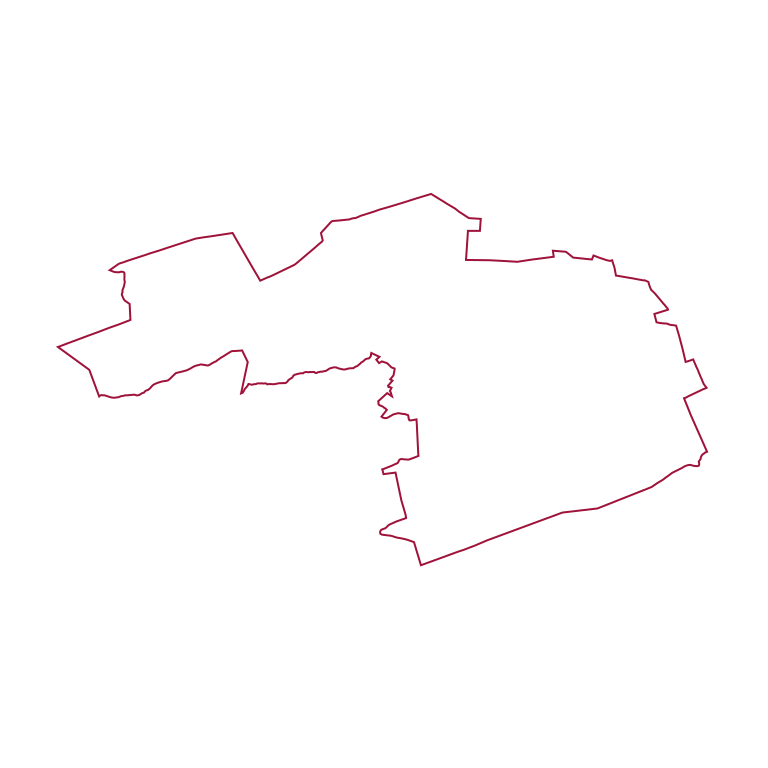 Ol Jorok, Central, Kenya (orthographic projection), rotated 84°
{"feature_id": "3690345B69894021790140", "entity_name": "Ol Jorok", "entity_type": "district", "adm_level": 2, "iso_a3": "KEN", "parent_name": "Kenya", "parent_adm1": "Central", "projection": "orthographic", "projection_center": [36.31, -0.178], "detail": "fine", "context": "isolated", "style": "outline", "palette": "rose", "viewbox_px": 768, "rotation_deg": 84, "n_neighbors": 0, "source": "geoboundaries", "source_scale": "gbopen_adm2", "svg_char_len": 6103}
<svg xmlns="http://www.w3.org/2000/svg" viewBox="0 0 768 768"><g transform="rotate(84 384 384)"><path d="M230.8,608.1L234.3,624.7L234.6,626.0L235.7,630.4L236.5,634.4L237.0,635.7L237.7,636.9L242.1,644.9L243.3,642.7L244.1,641.1L244.6,639.8L245.0,637.4L245.2,635.9L244.8,633.8L245.2,632.0L245.8,630.9L247.0,630.5L248.4,630.8L250.1,630.8L251.9,631.2L253.4,631.3L255.2,631.1L256.6,631.4L257.9,631.9L259.4,632.3L263.7,634.4L265.4,634.4L266.7,635.2L268.1,635.4L269.4,634.9L270.9,634.5L272.6,633.9L274.0,633.0L277.8,628.6L293.8,629.5L297.0,641.3L299.4,651.4L300.8,656.7L302.0,661.1L304.8,672.3L310.2,693.3L313.1,704.4L339.1,675.6L366.6,668.6L365.8,667.5L365.5,666.0L365.9,664.7L366.1,662.9L368.6,657.3L369.0,656.1L369.3,654.8L369.5,653.3L369.4,651.3L369.4,649.5L369.0,648.2L368.6,646.5L368.5,644.2L368.2,642.6L368.4,640.8L368.5,633.3L369.1,632.1L369.5,631.0L369.5,629.8L369.2,628.2L367.8,625.5L367.5,623.6L366.3,622.5L365.6,621.1L365.2,619.2L364.3,617.8L363.5,616.8L361.7,614.9L360.6,613.3L359.8,611.2L359.2,609.2L358.3,604.6L358.2,603.1L358.1,601.8L358.1,600.1L357.7,598.2L356.6,596.5L355.4,595.0L354.1,593.4L353.3,592.3L352.3,591.1L351.5,590.0L351.2,588.6L350.6,584.0L349.8,578.9L348.7,575.7L348.1,574.3L347.4,572.9L346.8,571.4L346.4,570.2L346.1,569.0L345.9,567.8L345.8,566.2L345.4,564.4L345.6,563.1L346.0,561.7L346.6,559.4L347.1,558.0L347.1,556.5L346.3,554.7L345.3,552.5L344.5,550.6L344.1,549.2L343.5,548.0L342.8,547.0L342.1,545.7L340.7,543.2L340.1,541.8L338.5,538.5L337.0,535.5L336.4,534.3L335.8,533.0L335.4,531.7L335.5,530.4L335.6,528.6L335.8,523.5L335.8,521.6L347.9,517.2L378.4,527.1L377.9,525.5L376.4,524.2L374.9,523.3L374.0,522.5L372.9,521.2L371.3,519.7L369.8,518.8L370.2,517.5L370.9,515.6L370.6,513.0L370.7,511.3L370.2,510.0L370.2,508.7L370.5,507.3L370.5,505.8L370.9,504.1L370.9,502.6L371.1,501.3L372.1,500.2L372.0,498.6L372.6,494.3L372.7,492.6L372.3,488.8L372.3,487.3L372.5,486.1L372.5,484.4L372.8,482.7L372.6,481.4L371.5,479.8L370.0,478.5L368.0,474.5L366.3,473.3L365.5,472.0L365.3,470.6L365.0,469.4L364.6,465.4L364.9,463.5L364.2,462.2L363.9,460.7L364.1,459.4L364.4,457.9L364.3,456.5L364.6,454.5L364.7,452.3L365.7,451.3L366.0,449.9L365.4,448.3L365.3,447.1L365.1,445.8L365.3,443.9L365.0,442.2L364.9,440.6L364.3,439.1L363.7,438.0L363.1,437.0L362.7,435.4L362.4,433.6L362.2,431.9L362.5,429.8L363.3,428.5L364.3,426.0L364.8,424.6L365.3,423.0L365.5,421.2L365.1,419.3L364.9,417.3L364.8,416.1L365.0,414.4L365.0,412.8L363.7,410.3L363.5,409.0L362.8,407.8L362.0,406.8L361.4,405.7L360.6,404.9L360.0,403.9L359.4,402.5L358.7,401.5L357.7,400.3L357.1,398.9L357.0,397.5L356.9,396.1L355.8,395.0L354.6,394.0L353.1,393.8L351.8,393.4L356.5,385.7L359.0,389.1L362.7,386.7L361.3,383.7L363.3,379.4L364.0,378.3L366.5,376.3L367.8,375.3L368.6,374.3L369.7,371.8L371.3,372.1L376.5,373.7L380.0,377.3L381.5,375.2L386.2,380.2L387.5,379.8L387.7,378.4L388.5,376.9L391.7,378.9L392.9,378.2L397.1,377.4L393.4,381.8L400.6,391.6L402.1,391.4L403.5,391.6L404.5,390.9L405.2,389.6L406.4,387.5L407.4,386.6L408.4,385.3L410.0,383.9L416.2,389.9L417.3,388.7L418.1,386.6L418.1,384.7L417.6,383.3L415.3,378.1L415.0,376.6L414.5,372.8L415.4,369.6L415.8,368.1L416.1,366.3L416.9,364.7L417.5,363.3L419.0,363.1L420.8,363.1L422.8,362.5L423.0,360.8L422.9,359.1L422.6,355.4L427.9,355.6L456.3,357.2L459.1,357.2L460.8,363.2L461.1,364.8L461.6,366.3L461.7,367.8L461.5,369.4L461.2,370.9L460.4,374.8L460.7,376.1L461.7,377.2L462.8,377.7L464.0,378.7L464.7,380.6L465.0,381.8L465.9,384.2L468.5,393.3L468.7,394.7L470.5,394.3L472.4,394.1L473.6,393.9L473.3,381.8L501.6,378.9L516.2,376.2L519.6,376.0L520.0,377.4L520.3,378.7L520.6,380.1L520.9,381.4L521.2,382.6L521.9,385.6L522.4,387.1L522.9,388.8L523.4,390.2L523.8,391.6L524.5,393.4L525.1,394.6L526.0,395.7L526.9,396.7L527.7,398.1L528.2,400.3L528.7,402.0L529.6,402.8L530.9,403.4L532.7,403.2L533.7,401.5L535.1,395.4L535.4,393.9L535.9,392.2L537.8,388.0L538.4,386.2L539.4,382.6L540.2,380.2L540.8,378.6L541.4,377.0L544.4,370.7L568.1,366.2L558.9,329.5L558.5,327.7L558.0,325.6L557.3,322.1L556.8,320.4L554.2,310.5L550.3,297.9L530.5,220.0L530.1,184.8L514.4,128.6L511.4,123.1L510.5,121.2L509.8,119.7L508.6,117.1L507.9,115.8L507.1,114.7L505.4,111.6L504.4,109.9L502.6,106.9L502.1,105.8L501.5,104.1L500.2,100.6L498.7,96.6L497.5,94.1L496.9,92.3L496.5,90.3L496.4,88.0L497.4,85.5L498.1,83.4L498.4,81.3L498.3,79.7L497.3,79.0L495.9,78.8L494.1,79.1L492.7,77.9L491.7,77.0L489.9,76.5L488.6,75.7L487.2,74.4L486.6,73.0L485.7,71.8L485.2,69.8L480.8,71.2L447.1,82.1L429.5,87.1L429.0,84.8L427.9,82.4L427.3,80.6L422.5,67.0L422.1,65.4L421.5,63.6L417.3,66.1L415.9,66.5L414.4,67.0L413.0,67.4L410.7,68.1L408.9,68.7L407.4,69.1L406.2,69.5L405.0,69.9L403.4,70.2L401.7,70.8L399.2,71.7L398.1,72.0L396.2,72.6L394.7,73.1L391.9,73.9L392.8,77.8L393.6,81.7L380.4,83.4L366.7,85.5L356.5,87.4L355.9,89.4L355.3,92.3L354.9,93.5L354.2,95.1L353.5,96.2L352.8,100.5L352.3,102.4L352.0,103.8L351.1,106.5L342.6,107.8L339.8,93.8L338.5,94.1L336.1,95.8L335.0,96.4L334.0,97.2L332.6,98.2L331.3,99.0L322.0,105.3L320.1,106.9L318.5,108.3L316.1,109.2L314.9,109.5L313.6,109.8L311.8,110.1L310.1,110.4L308.1,113.9L308.1,115.1L304.8,126.1L303.7,130.2L302.2,135.4L300.4,142.0L292.5,142.6L284.8,144.2L285.2,146.4L284.1,149.7L283.6,150.8L280.8,156.9L278.1,162.2L281.9,164.2L281.2,167.6L278.8,179.1L278.1,182.6L273.9,186.8L271.5,189.3L269.1,202.1L275.2,201.9L275.7,223.6L276.4,238.6L273.9,253.7L271.9,266.5L269.2,289.5L264.2,288.6L240.5,284.5L241.7,272.6L229.9,270.5L227.9,282.2L220.3,291.6L217.0,294.9L210.9,303.1L209.9,304.3L199.9,317.3L202.6,331.4L205.6,345.9L208.4,360.5L210.1,370.2L211.3,375.0L214.1,388.6L214.3,389.8L214.7,390.9L215.5,393.3L216.0,395.2L215.9,397.2L216.3,399.7L216.7,401.0L216.7,402.2L216.7,410.9L216.6,415.4L216.5,417.7L217.0,419.4L218.0,420.6L227.2,430.9L229.2,430.7L234.7,429.9L235.9,430.8L238.5,434.7L241.5,438.9L245.3,444.5L246.1,445.7L248.3,448.9L250.3,451.8L255.0,458.8L256.0,460.4L257.8,465.3L264.5,484.0L265.4,486.8L265.7,488.2L268.3,496.3L264.7,497.9L252.0,503.7L239.6,509.2L226.9,514.9L218.0,518.8L219.0,540.0L219.3,548.6L219.7,556.1L221.9,566.4L223.9,575.8L225.8,584.7L227.8,593.8L229.7,603.4L230.8,608.1Z" fill="none" stroke="#9f1239" stroke-width="2"/></g></svg>